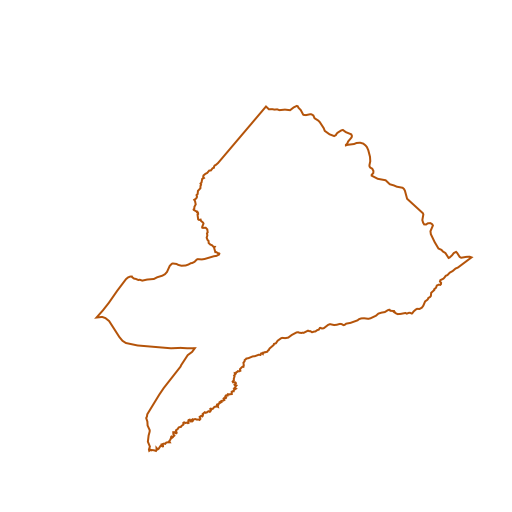 outline of Banteay Ampil, Otdar Mean Chey, Cambodia, rotated 61°
{"feature_id": "14789045B51919019110008", "entity_name": "Banteay Ampil", "entity_type": "district", "adm_level": 2, "iso_a3": "KHM", "parent_name": "Cambodia", "parent_adm1": "Otdar Mean Chey", "projection": "equal_earth", "projection_center": [103.311, 14.149], "detail": "fine", "context": "isolated", "style": "outline", "palette": "amber", "viewbox_px": 512, "rotation_deg": 61, "n_neighbors": 0, "source": "geoboundaries", "source_scale": "gbopen_adm2", "svg_char_len": 6126}
<svg xmlns="http://www.w3.org/2000/svg" viewBox="0 0 512 512"><g transform="rotate(61 256 256)"><path d="M373.4,443.5L374.6,443.8L374.4,442.1L375.2,441.8L375.2,441.2L376.5,439.4L378.0,438.0L377.1,436.8L375.7,436.1L377.5,435.7L377.4,434.6L375.8,431.6L375.8,431.1L377.3,430.0L377.4,429.6L376.9,429.3L375.1,429.7L375.5,427.3L376.3,426.5L375.7,425.1L375.9,424.1L377.2,421.7L375.9,421.7L375.1,419.9L374.5,419.3L374.3,417.8L373.7,418.4L372.9,417.7L372.9,417.2L373.9,416.6L373.5,414.5L371.9,414.7L370.0,413.8L370.5,412.8L371.9,412.3L372.4,411.7L372.2,411.1L369.9,410.7L369.5,410.1L369.5,408.6L368.5,406.8L368.5,406.2L369.1,404.5L368.5,403.6L368.3,401.5L368.0,400.9L366.8,400.6L366.6,399.9L366.8,399.3L367.9,398.6L368.3,397.0L369.2,396.6L369.3,395.9L367.2,395.0L366.8,394.5L367.0,393.3L368.6,393.3L368.2,392.2L368.1,390.8L368.5,390.8L369.1,392.1L369.7,392.1L369.6,391.2L368.7,390.1L368.8,389.3L369.3,388.0L370.5,387.0L371.0,385.7L372.0,384.9L371.5,383.6L369.4,383.3L369.2,381.2L369.4,380.7L370.2,380.7L370.1,380.2L368.9,379.1L368.3,379.1L367.8,376.5L368.8,376.0L368.8,375.1L369.0,374.8L368.7,373.1L368.9,372.4L369.8,372.1L369.9,371.5L368.7,369.6L367.6,370.1L367.5,369.7L368.5,368.5L368.7,367.9L367.8,365.5L368.8,362.8L369.4,362.4L368.7,362.2L368.1,361.4L367.4,362.5L367.0,362.1L367.2,361.1L367.0,357.6L366.2,358.2L366.0,356.4L366.6,354.8L366.6,353.5L365.0,353.5L364.8,352.9L365.0,352.4L365.7,351.3L365.4,350.8L364.0,351.0L363.4,350.1L364.2,348.7L363.5,348.4L363.2,347.5L364.1,346.9L364.1,346.3L365.0,344.1L363.1,343.2L363.2,342.6L362.9,342.2L363.5,341.1L362.5,340.3L362.3,338.1L361.1,339.1L360.9,338.5L361.0,337.8L360.3,337.2L359.8,336.0L359.5,336.3L359.7,337.0L358.3,337.2L358.3,336.4L357.5,335.2L356.6,335.3L356.4,336.0L355.6,336.4L355.4,337.3L354.5,337.3L353.9,335.5L352.8,335.1L350.7,333.0L350.0,333.1L349.3,331.3L348.9,331.7L348.2,331.4L348.7,330.9L348.1,329.5L348.3,328.4L347.9,327.8L348.7,326.6L348.8,325.3L347.2,324.9L346.4,322.3L346.3,321.1L346.8,320.7L345.7,319.7L343.2,318.7L342.6,317.1L341.5,316.3L341.3,314.7L341.0,314.2L341.7,312.1L342.2,307.6L343.1,305.5L343.7,301.4L344.7,300.1L343.7,298.8L343.9,297.9L345.0,297.5L344.0,296.5L344.6,295.2L344.4,294.6L344.8,294.2L345.2,292.5L344.5,291.5L344.5,290.5L343.5,289.1L342.4,283.7L341.6,282.9L342.0,280.9L340.6,278.2L340.1,273.9L340.3,272.8L342.0,270.3L343.0,267.4L342.4,262.9L342.5,257.6L343.1,256.1L344.0,255.4L345.4,253.5L345.6,252.5L346.3,251.6L346.5,246.7L347.6,245.9L348.2,244.8L349.7,244.1L350.0,243.5L350.2,242.1L350.8,240.6L350.5,238.2L350.9,236.9L349.9,235.0L350.2,234.3L351.1,233.8L351.8,232.6L352.0,231.5L351.2,226.3L351.5,224.3L354.3,221.1L355.3,218.7L356.0,215.7L356.6,214.7L357.1,214.1L358.9,213.0L359.2,211.9L358.9,209.9L360.3,205.8L361.5,198.4L361.2,196.5L361.6,194.2L362.9,191.6L365.4,188.2L366.0,186.1L366.4,180.0L365.7,176.9L366.4,173.6L367.5,170.5L367.3,167.1L367.6,165.5L367.8,165.2L369.0,165.1L371.0,162.1L371.6,162.6L372.1,162.4L372.4,161.8L373.4,161.8L375.5,160.3L376.8,157.5L378.3,152.9L379.5,152.1L379.8,149.9L380.3,148.9L381.9,147.6L381.9,147.2L380.9,145.0L380.3,142.2L380.3,140.7L381.6,138.7L381.6,136.0L380.6,133.8L377.7,130.1L377.4,127.4L376.9,126.3L376.3,125.7L376.2,123.5L375.7,122.4L373.1,120.6L372.2,116.6L371.5,116.3L371.0,113.9L369.5,112.2L369.7,109.9L370.6,108.9L370.3,107.9L369.2,107.1L367.5,107.5L366.5,106.4L366.7,103.1L366.1,101.3L365.3,99.7L365.5,97.8L364.5,94.6L364.5,91.3L363.7,87.5L364.0,85.1L361.7,68.2L360.2,69.5L358.7,72.5L357.0,77.4L355.6,78.3L350.8,78.6L349.4,79.0L349.3,81.6L350.4,84.1L351.2,87.4L351.1,88.5L345.2,88.9L342.6,90.4L340.6,90.8L337.9,92.8L330.4,93.0L321.7,92.5L318.9,91.4L315.1,86.5L313.7,86.5L311.8,87.5L310.7,89.9L310.9,92.0L309.9,93.6L307.9,93.7L305.2,93.1L300.8,89.5L299.5,89.3L279.2,96.1L271.1,94.1L269.1,94.1L267.4,94.7L263.6,99.3L261.1,101.2L258.1,104.2L252.6,105.9L247.5,112.1L241.8,115.9L241.1,115.5L240.3,113.2L238.6,112.1L236.0,112.0L234.1,113.2L232.8,113.3L231.6,112.8L228.5,110.1L224.5,108.2L217.9,106.5L214.5,106.2L212.4,106.6L209.7,107.7L207.4,110.0L205.9,113.3L205.6,115.9L203.1,122.2L202.8,123.7L202.4,123.5L201.9,121.7L200.5,119.9L198.6,114.9L197.5,113.9L195.8,113.7L191.2,117.4L187.9,118.9L187.5,120.5L187.7,124.4L188.0,125.9L189.0,127.6L189.0,129.5L185.2,132.7L179.9,135.2L177.1,134.8L169.8,135.3L167.7,135.9L163.9,138.0L160.9,137.7L159.0,138.8L158.3,139.8L157.0,144.0L155.8,145.8L155.2,146.2L150.1,146.1L146.8,147.0L145.3,146.9L144.5,147.6L144.3,151.0L145.0,155.5L142.0,159.7L139.8,164.8L138.0,166.4L136.9,168.9L135.6,170.4L133.9,173.6L130.1,174.8L156.3,244.2L156.9,247.1L156.8,248.1L157.3,249.2L158.4,250.0L158.2,251.4L159.3,254.0L158.6,255.5L159.7,258.4L159.6,260.4L160.1,262.9L161.3,263.9L162.5,263.7L162.5,265.7L165.4,268.1L165.7,269.4L167.1,269.5L167.7,270.5L169.8,271.8L170.9,275.2L173.5,277.0L173.9,278.5L175.6,278.9L176.3,279.7L176.8,281.0L176.9,282.8L178.4,282.7L181.6,283.7L183.1,286.0L184.6,287.0L185.0,288.0L185.5,288.1L188.4,286.3L188.9,286.4L188.9,285.8L190.2,285.8L191.3,286.3L191.5,287.1L195.9,288.8L196.9,288.3L197.3,286.8L198.6,287.1L201.2,286.1L202.2,286.2L204.4,288.9L205.1,289.3L205.7,288.8L206.9,286.3L209.1,285.7L211.9,286.8L212.4,287.9L214.3,288.5L216.1,290.3L218.5,290.6L219.8,290.2L221.7,291.1L223.9,290.4L225.2,289.3L227.4,288.7L228.0,287.7L228.6,288.7L232.9,289.7L233.4,288.8L235.0,288.0L235.7,287.1L236.1,286.9L236.8,287.6L236.7,290.6L235.8,292.9L233.7,302.4L232.7,305.1L230.5,308.5L230.4,309.6L231.3,312.6L231.2,315.2L230.7,316.5L230.7,319.2L230.2,322.1L228.4,325.9L226.1,328.3L224.4,329.4L222.2,332.4L222.0,333.4L222.8,336.2L226.8,341.6L227.8,344.5L227.8,347.5L226.7,352.7L226.6,356.4L223.8,362.7L222.4,367.4L220.4,369.2L220.0,370.5L217.7,372.3L216.7,373.6L214.5,374.6L213.8,374.5L213.0,376.0L212.7,378.3L213.2,380.9L219.1,394.2L225.6,407.4L229.3,416.2L232.5,425.3L234.7,420.1L237.3,417.8L241.7,416.0L260.6,414.8L265.4,413.9L269.0,412.0L276.8,403.0L295.5,375.1L299.8,366.5L303.6,360.5L307.0,354.2L308.9,358.4L309.6,363.8L315.3,374.6L316.1,375.5L326.7,400.6L330.3,407.7L341.7,427.8L343.5,429.2L344.5,430.6L348.2,431.3L351.7,433.0L356.8,433.4L358.1,434.2L361.0,437.0L366.0,440.6L371.2,441.2L373.4,443.5Z" fill="none" stroke="#b45309" stroke-width="2"/></g></svg>